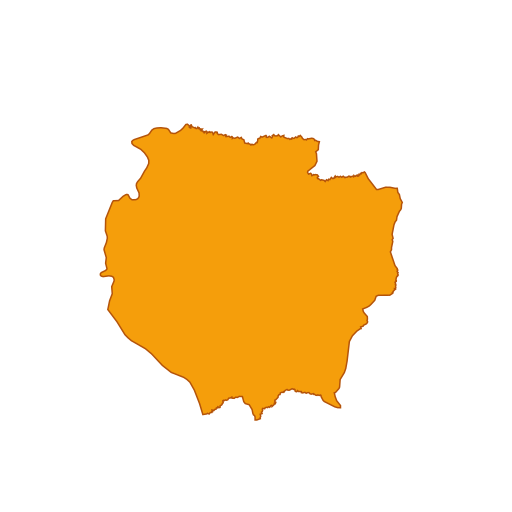 Tan Sum, Ubon Ratchathani, Thailand (Mercator projection), rotated 47°
{"feature_id": "78962969B64880163608761", "entity_name": "Tan Sum", "entity_type": "district", "adm_level": 2, "iso_a3": "THA", "parent_name": "Thailand", "parent_adm1": "Ubon Ratchathani", "projection": "mercator", "projection_center": [105.162, 15.397], "detail": "fine", "context": "isolated", "style": "filled", "palette": "amber", "viewbox_px": 512, "rotation_deg": 47, "n_neighbors": 0, "source": "geoboundaries", "source_scale": "gbopen_adm2", "svg_char_len": 6158}
<svg xmlns="http://www.w3.org/2000/svg" viewBox="0 0 512 512"><g transform="rotate(47 256 256)"><path d="M194.1,400.9L209.2,402.5L224.2,405.5L228.4,405.4L232.9,404.9L248.4,400.1L256.4,399.1L272.2,399.1L283.3,397.4L295.5,391.6L299.2,390.7L303.2,390.4L311.9,392.5L325.4,397.9L335.7,403.0L337.9,399.7L337.9,398.9L339.6,398.0L339.3,396.3L340.3,395.0L339.6,394.5L340.1,393.9L339.3,393.5L339.9,393.3L339.9,392.9L339.2,392.8L340.3,392.0L340.0,391.0L340.8,389.8L340.1,388.6L340.6,388.2L340.4,387.4L341.0,387.4L341.2,387.0L340.7,386.6L341.8,386.3L342.2,385.6L341.0,384.2L341.5,382.9L341.4,382.0L340.8,381.2L341.0,380.1L339.3,379.1L339.3,378.3L340.0,378.2L340.4,376.5L341.2,376.2L341.9,374.8L341.4,373.0L342.4,371.4L342.7,369.9L343.6,370.5L345.2,369.0L345.4,367.2L346.8,366.0L347.2,364.1L349.5,361.8L354.2,364.3L356.6,364.5L360.1,362.4L365.7,363.6L368.9,365.6L370.5,366.2L371.6,365.9L373.0,366.4L375.3,368.5L376.5,367.2L377.9,363.8L377.2,363.5L376.4,361.8L374.6,360.9L375.4,359.0L373.9,358.5L374.0,357.5L373.3,356.3L372.3,355.9L372.0,355.1L373.6,353.8L373.2,352.7L374.0,351.3L374.8,350.9L374.8,349.6L376.0,349.2L375.6,347.3L375.8,346.5L376.2,346.3L377.0,346.9L377.0,344.0L376.4,343.2L377.2,342.7L376.5,341.3L375.5,341.8L375.2,341.2L374.3,340.6L374.6,339.8L374.4,336.3L373.4,335.2L373.1,333.8L373.7,332.9L372.7,331.5L373.3,330.0L374.2,329.3L374.0,328.4L374.6,328.3L374.2,326.4L374.8,324.3L375.9,324.2L376.9,323.1L377.7,320.1L379.1,319.6L379.2,319.0L380.2,318.6L381.3,319.5L382.7,319.2L383.0,318.7L382.8,317.4L384.0,317.4L386.1,315.3L386.9,316.0L387.9,315.3L389.1,313.2L390.6,312.9L391.1,311.5L392.1,310.4L393.8,310.4L394.9,309.6L395.8,307.9L396.6,308.1L396.8,307.6L398.4,307.3L399.6,306.4L399.7,305.5L401.1,304.9L401.6,303.7L402.2,303.5L403.3,304.3L407.4,305.4L409.0,305.3L420.1,301.2L422.6,299.7L424.6,297.7L423.0,296.2L416.9,295.7L412.8,294.0L409.4,292.0L410.0,290.9L409.5,285.7L408.9,284.3L403.7,278.7L401.5,270.9L399.5,267.1L395.0,261.1L382.2,246.0L380.1,240.0L379.7,233.4L380.3,229.4L380.8,228.6L379.2,227.8L380.4,225.6L380.0,224.6L380.9,221.4L380.6,219.8L379.9,219.0L378.9,218.8L378.2,217.6L376.2,215.9L371.3,215.7L369.8,215.4L367.5,214.1L369.1,210.0L369.8,207.2L369.8,204.8L369.4,199.4L367.4,195.6L368.1,193.4L375.9,184.9L376.5,181.5L375.8,181.3L375.9,180.2L375.4,179.9L375.3,177.6L374.9,177.4L375.3,176.8L374.5,176.7L374.9,176.3L374.7,175.5L373.4,174.7L372.6,173.4L372.0,173.6L371.3,172.7L370.0,172.2L370.2,170.7L369.7,170.2L369.3,170.4L367.7,168.4L367.1,167.1L367.2,166.1L366.8,165.8L366.9,165.0L365.4,164.4L365.0,163.4L363.7,163.5L363.0,161.9L362.3,162.1L361.6,161.3L357.8,160.9L344.6,154.9L343.8,152.6L342.2,151.1L338.7,146.1L336.9,145.2L336.6,143.7L333.0,141.7L327.2,133.7L325.9,130.9L325.6,128.8L323.4,126.1L321.1,120.6L320.8,118.5L320.2,117.2L317.4,114.2L316.6,112.5L312.4,111.4L308.8,109.2L306.2,108.9L302.8,106.5L301.4,108.1L297.3,111.0L294.1,114.3L290.7,121.3L289.6,122.5L276.0,121.2L269.5,119.3L268.4,119.4L268.2,120.8L267.2,121.7L267.6,123.0L266.8,123.3L267.3,124.7L266.5,125.1L267.4,126.1L267.2,127.0L266.8,127.3L265.8,126.8L265.4,128.1L265.6,128.8L264.8,129.5L263.9,129.5L264.6,130.6L263.5,130.9L262.6,133.2L262.0,132.9L260.9,133.6L260.6,135.5L259.4,136.9L259.4,137.5L257.1,137.8L256.9,139.6L255.3,139.9L255.0,141.6L253.5,142.0L252.7,143.4L252.6,144.3L252.0,143.6L251.5,143.5L252.2,146.4L251.6,147.1L249.9,147.3L250.5,149.9L249.4,150.5L250.0,151.9L248.3,152.4L248.7,154.6L247.2,154.6L244.9,156.1L244.8,157.1L242.0,157.6L241.8,158.0L240.9,158.0L240.3,157.5L240.4,156.0L238.5,155.8L236.9,157.1L236.4,158.1L235.7,158.4L235.8,159.4L235.3,160.4L234.1,159.6L232.8,159.6L232.0,161.7L230.0,161.3L229.3,160.3L230.0,151.2L228.3,146.8L222.4,142.0L220.5,141.3L220.7,137.9L217.5,134.6L215.6,131.7L214.1,132.9L212.0,133.5L211.5,134.3L210.7,133.8L209.4,133.9L207.9,134.9L206.0,137.9L205.3,138.3L205.5,139.9L204.8,140.1L203.6,141.6L201.5,141.8L200.4,141.4L198.0,141.4L198.0,142.8L197.1,143.2L197.6,144.4L197.4,145.4L196.0,145.8L196.0,147.8L195.2,148.6L194.2,148.9L194.2,150.0L194.7,150.3L193.9,151.0L193.8,151.7L192.4,151.8L191.5,153.0L188.7,154.3L187.7,154.5L186.8,153.4L186.1,154.8L185.8,156.7L182.5,156.9L182.8,158.1L181.8,159.6L180.7,160.4L179.3,160.2L179.1,162.1L179.8,162.2L180.4,163.9L177.5,164.6L177.3,166.5L176.3,167.5L175.3,166.5L174.6,166.5L173.2,170.5L171.8,171.0L172.5,173.1L171.7,174.2L171.7,175.0L173.1,176.4L173.3,177.5L173.9,177.8L173.2,179.0L173.5,180.3L173.0,181.9L172.3,182.6L171.5,182.7L171.4,184.0L169.9,184.1L169.0,184.8L168.0,184.7L168.0,185.6L165.7,187.2L162.7,185.6L160.9,186.4L159.2,185.9L158.8,187.9L156.5,188.3L155.5,191.2L153.8,192.3L153.8,193.0L152.8,192.1L152.1,192.2L151.8,193.6L151.0,194.1L150.0,194.0L148.2,196.6L147.6,196.4L147.3,195.3L146.4,195.6L145.7,197.7L143.4,198.3L141.6,200.7L139.7,200.7L139.2,200.0L138.8,200.0L137.4,201.3L138.0,204.4L136.0,203.5L135.4,203.6L133.9,205.3L133.2,205.4L133.2,205.8L133.7,205.8L133.0,206.4L132.7,208.2L131.7,207.1L130.9,207.1L130.0,208.8L130.8,209.2L130.6,209.9L129.8,209.7L129.0,209.9L128.5,209.6L127.2,210.5L126.6,208.9L125.9,210.7L125.6,210.6L125.6,209.6L123.9,210.9L123.4,210.2L122.8,211.0L122.1,210.7L122.4,212.4L121.5,213.1L120.6,212.9L120.4,213.5L117.8,214.6L116.0,213.9L115.7,214.4L115.9,214.9L116.7,215.2L116.8,216.0L117.9,216.3L117.8,216.6L116.5,217.0L115.1,216.0L112.8,216.3L112.0,217.6L112.7,222.1L112.7,225.6L111.4,231.3L110.2,232.7L107.9,234.4L103.6,233.7L101.8,234.3L97.3,238.1L94.7,241.3L93.3,243.7L92.9,246.3L93.8,250.4L93.8,252.4L87.8,265.7L87.4,267.6L87.6,268.8L89.2,270.0L91.7,270.0L99.4,267.5L104.4,267.2L109.6,267.9L113.0,269.2L115.2,271.4L117.0,275.7L117.9,279.6L120.4,287.2L120.9,291.8L121.5,293.9L122.7,295.4L124.9,296.8L130.1,298.5L132.6,300.6L133.3,302.2L133.4,303.6L132.9,305.4L130.4,308.3L127.8,308.8L124.0,307.8L122.9,308.4L122.3,309.7L121.7,312.5L121.7,318.7L118.3,322.7L118.8,324.6L126.3,340.6L134.9,349.0L140.0,351.3L141.6,352.6L144.1,356.2L146.7,361.6L147.8,362.9L155.1,366.6L158.7,370.9L163.6,373.6L164.0,374.3L164.0,376.0L162.6,380.5L162.8,381.8L163.7,382.8L165.1,382.9L166.8,381.9L170.1,377.2L172.4,375.3L174.4,374.8L176.8,376.0L177.6,377.1L180.0,382.4L185.6,386.9L188.9,393.6L194.1,400.9Z" fill="#f59e0b" stroke="#b45309" stroke-width="1.5"/></g></svg>